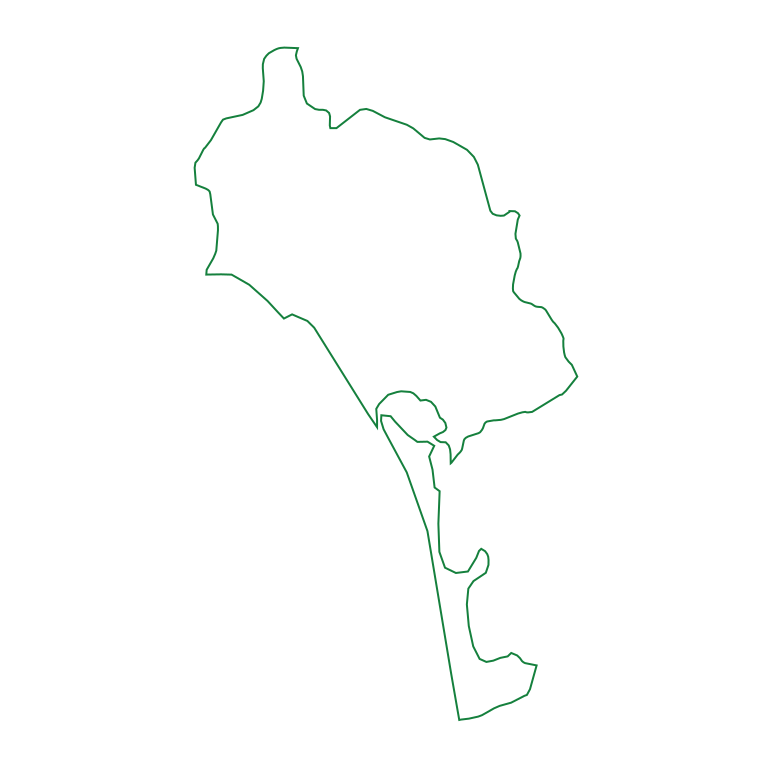 SVG path tracing the border of Songkhla, rotated 181°
{"feature_id": "THA-386", "entity_name": "Songkhla", "entity_type": "Province", "adm_level": 1, "iso_a3": "THA", "parent_name": "Thailand", "parent_adm1": "", "projection": "robinson", "projection_center": [100.464, 7.118], "detail": "fine", "context": "isolated", "style": "outline", "palette": "green", "viewbox_px": 768, "rotation_deg": 181, "n_neighbors": 0, "source": "natural_earth", "source_scale": "10m", "svg_char_len": 3381}
<svg xmlns="http://www.w3.org/2000/svg" viewBox="0 0 768 768"><g transform="rotate(181 384 384)"><path d="M261.6,559.1L256.1,559.0L253.0,557.1L251.4,554.8L253.1,550.7L255.2,536.4L254.7,531.6L253.3,529.4L252.7,527.9L249.8,516.9L249.7,514.3L249.9,512.4L251.0,509.1L252.0,504.0L252.5,502.3L253.2,501.2L254.2,498.7L255.2,494.8L256.7,485.8L256.8,481.8L256.5,479.1L255.8,478.0L250.2,471.5L248.2,470.0L246.1,468.9L244.8,468.4L239.1,467.1L237.9,466.7L234.8,464.7L233.7,464.2L232.3,463.9L227.9,463.6L226.7,463.1L224.6,461.7L223.7,460.9L223.0,459.9L217.5,451.2L216.1,449.3L214.3,447.6L210.9,443.3L207.4,437.6L206.1,434.8L205.3,432.8L205.3,432.4L205.3,432.1L205.5,430.3L205.3,424.7L204.5,418.8L203.8,415.9L203.1,413.9L199.8,409.6L196.5,406.4L190.9,394.8L201.9,380.4L205.8,376.6L208.3,376.0L235.4,358.7L239.6,358.1L241.0,358.2L242.3,358.6L245.2,358.1L249.5,356.8L263.4,351.0L266.5,350.2L272.2,349.6L273.5,349.6L280.3,348.3L281.8,347.3L282.8,346.0L284.3,341.6L285.2,339.9L287.0,337.5L288.6,336.5L298.9,333.0L301.3,331.6L302.7,330.1L303.2,328.8L304.7,320.9L305.1,319.5L305.9,318.2L306.9,316.9L309.1,314.7L315.2,306.5L315.9,305.9L316.2,314.9L316.8,319.8L318.2,323.7L321.3,326.8L326.4,326.9L329.9,328.9L333.2,332.2L327.4,335.6L324.2,337.0L321.8,339.0L320.8,341.5L322.0,346.1L324.5,349.4L327.5,351.3L332.3,362.4L336.7,367.0L341.7,368.9L347.3,368.1L351.5,372.7L354.5,375.2L357.6,376.5L366.7,377.0L370.8,376.2L379.6,373.3L388.5,363.9L391.3,359.0L390.3,347.8L390.2,340.7L399.4,353.7L454.8,439.1L461.7,445.7L471.3,449.6L477.1,452.0L485.2,447.7L491.2,453.8L501.9,465.0L520.5,480.9L538.3,490.7L548.7,490.8L563.6,490.3L563.3,495.1L556.9,506.7L555.0,511.3L554.0,514.5L552.7,534.9L552.8,538.7L553.1,541.3L558.0,550.5L561.0,570.7L561.7,573.4L562.6,574.4L563.5,575.1L565.8,576.3L575.5,579.9L577.1,596.9L576.4,602.0L574.4,604.3L573.0,606.3L568.7,615.2L567.9,616.4L567.0,617.1L561.3,624.8L551.5,642.7L549.6,645.5L546.4,646.8L530.0,650.6L519.3,655.5L514.5,659.4L512.3,663.2L511.2,667.0L510.0,675.2L509.5,684.6L510.7,697.7L510.7,701.6L509.5,707.0L507.3,710.2L504.9,712.7L499.4,716.0L497.1,717.1L495.2,717.8L493.4,718.2L489.6,718.6L484.6,718.5L475.9,718.3L477.0,714.9L477.8,711.1L477.1,707.7L472.8,699.5L471.2,695.0L470.4,690.3L469.3,670.9L466.0,663.1L457.7,657.7L453.6,657.0L449.9,657.1L446.6,656.5L443.6,654.0L442.6,650.6L442.7,641.5L442.1,638.9L436.0,639.0L412.8,657.7L406.5,658.7L400.0,656.9L387.7,650.7L365.7,643.6L359.2,640.1L347.7,630.8L342.4,629.3L333.1,630.5L327.0,629.9L319.0,627.2L315.5,625.3L305.1,619.6L298.1,612.6L294.0,604.9L280.7,559.1L278.3,556.1L274.4,554.6L270.3,554.2L267.0,554.5L261.6,558.3L261.6,559.1ZM302.9,49.4L311.8,95.6L338.0,237.7L359.7,296.0L379.0,330.4L383.6,338.7L386.3,347.0L386.1,352.7L376.8,351.9L372.3,346.6L359.4,333.4L352.4,328.7L349.6,326.7L339.5,327.1L332.7,323.1L337.6,312.3L334.0,299.2L331.6,281.4L326.5,277.8L327.2,245.3L325.7,217.1L319.8,201.4L308.8,196.3L296.8,198.0L288.7,211.8L286.1,218.7L283.9,220.9L280.0,218.6L277.8,215.7L276.8,213.1L276.4,209.8L276.4,204.9L278.9,197.0L291.1,188.5L296.1,180.9L297.3,165.0L295.0,143.5L290.2,123.2L283.6,110.8L276.8,107.9L269.9,109.3L262.9,112.2L255.6,113.8L252.1,117.3L246.1,114.9L243.2,112.2L241.2,109.4L239.7,108.2L238.1,107.4L226.5,105.3L232.7,81.4L235.7,75.6L237.0,75.1L238.1,74.7L251.3,67.6L262.7,64.2L268.4,61.6L280.2,54.6L284.0,53.1L293.2,50.9L301.2,49.8L302.9,49.4Z" fill="none" stroke="#15803d" stroke-width="2"/></g></svg>